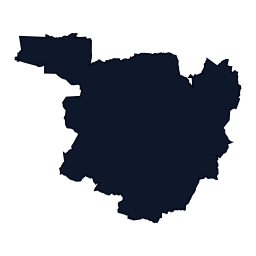 Zacatecas, Zacatecas, Mexico (Robinson projection)
{"feature_id": "50627088B9429495798872", "entity_name": "Zacatecas", "entity_type": "district", "adm_level": 2, "iso_a3": "MEX", "parent_name": "Mexico", "parent_adm1": "Zacatecas", "projection": "robinson", "projection_center": [-102.67, 22.729], "detail": "fine", "context": "isolated", "style": "filled", "palette": "ink", "viewbox_px": 256, "rotation_deg": 0, "n_neighbors": 0, "source": "geoboundaries", "source_scale": "gbopen_adm2", "svg_char_len": 5668}
<svg xmlns="http://www.w3.org/2000/svg" viewBox="0 0 256 256"><path d="M207.2,58.9L207.3,59.7L206.2,61.2L205.8,63.0L205.2,63.7L204.7,63.8L204.6,64.3L205.1,64.8L204.6,65.2L204.8,66.7L203.4,70.1L202.4,71.3L202.2,72.1L203.2,73.0L202.5,73.9L201.6,73.4L199.8,74.3L199.7,74.7L198.6,74.8L196.9,75.8L195.1,74.8L193.7,77.5L190.5,75.0L189.0,77.3L192.5,77.4L192.9,88.1L192.1,86.7L191.3,86.0L190.6,84.7L190.2,84.2L189.4,84.0L189.6,83.7L189.3,83.4L188.5,83.0L188.3,80.2L186.9,79.0L186.7,78.4L185.7,77.7L183.9,77.5L182.2,76.2L180.2,75.7L179.6,75.3L178.7,70.8L178.4,70.8L178.4,68.8L178.2,68.4L178.4,67.1L177.7,65.1L177.9,60.9L177.7,60.9L175.8,55.7L173.2,55.2L171.3,54.0L169.0,53.0L166.2,53.6L165.8,54.0L165.3,53.8L164.0,53.9L163.5,53.4L163.0,53.8L161.6,53.9L161.5,53.3L161.1,53.0L157.7,54.2L155.0,53.7L154.5,53.9L154.2,54.5L153.6,54.3L153.3,54.7L152.1,54.7L150.5,54.0L148.2,53.9L147.6,53.6L146.3,53.9L144.1,53.5L143.2,53.8L142.2,53.5L140.2,53.8L140.0,55.0L135.0,54.2L134.6,56.5L133.1,56.9L132.6,57.5L132.6,58.1L130.8,57.3L130.5,58.9L127.9,59.7L126.4,59.2L124.4,59.2L123.3,59.9L122.7,59.9L121.7,61.3L119.3,60.3L119.4,59.1L113.6,58.9L113.3,59.6L112.7,59.5L111.8,60.1L110.5,59.9L107.4,61.2L106.6,60.7L106.3,60.9L105.2,62.8L104.7,63.1L103.6,62.4L103.0,62.4L102.8,62.7L102.3,62.2L101.7,62.2L101.4,61.5L99.2,60.1L98.4,60.4L98.1,61.2L96.7,61.8L96.0,61.7L95.6,62.4L94.6,63.2L94.0,62.9L93.9,63.9L93.5,63.9L93.5,63.2L93.2,63.1L92.6,63.9L92.2,63.5L92.0,63.9L91.5,63.9L90.7,64.6L90.0,64.3L89.7,64.6L91.1,57.7L91.3,53.6L91.0,53.3L91.1,44.7L90.0,44.3L89.6,42.4L90.0,43.5L91.1,43.5L91.2,40.7L90.6,40.2L90.6,39.8L90.2,39.8L90.3,39.0L85.7,39.3L85.7,37.4L81.9,37.7L76.1,37.8L76.5,37.2L75.8,37.2L75.4,38.0L74.5,37.3L76.8,33.9L76.5,33.8L75.5,33.7L75.2,34.2L72.9,33.8L71.8,33.9L68.6,35.9L67.9,36.9L66.8,36.6L66.3,36.8L65.3,36.3L63.7,36.6L63.2,36.8L62.2,37.8L62.0,38.8L60.6,37.9L59.5,37.7L59.2,38.3L58.1,38.4L56.3,38.0L56.0,38.6L55.1,38.6L51.4,36.6L50.9,37.3L50.2,37.1L47.8,35.6L46.1,35.0L46.0,37.7L19.8,36.6L22.0,50.8L20.6,51.0L19.2,53.1L18.2,53.2L18.5,55.2L18.1,55.2L17.8,57.3L15.6,57.4L15.4,59.5L17.6,59.4L17.4,60.9L18.9,61.0L19.4,59.8L20.4,60.5L23.7,61.7L39.0,65.8L38.6,66.3L40.6,66.2L42.4,65.7L45.0,64.2L44.7,72.8L56.6,73.1L57.4,74.5L60.9,77.1L62.8,78.2L66.0,79.0L70.9,83.9L71.6,84.3L73.9,84.5L77.0,84.0L79.2,84.2L79.8,84.7L80.6,86.2L80.4,89.0L82.0,89.5L80.5,96.6L66.4,97.4L62.8,102.8L63.3,103.4L63.4,105.7L63.8,107.0L65.7,109.3L66.5,109.4L65.8,115.0L65.3,116.8L64.9,116.7L64.8,116.9L64.5,118.5L65.6,119.3L65.8,124.6L67.1,127.2L68.7,127.9L70.5,127.6L71.5,128.3L72.5,128.4L72.9,128.8L73.5,128.8L75.4,131.6L77.3,132.1L79.1,134.0L73.2,144.7L72.5,145.4L71.9,146.9L72.2,147.7L73.2,148.6L73.1,148.9L69.3,150.5L68.2,152.2L67.3,152.6L65.6,154.4L63.7,152.9L65.1,162.9L63.7,162.8L62.2,165.7L61.9,165.8L61.9,167.3L59.9,168.4L60.0,169.3L60.7,171.1L60.6,173.7L61.7,172.9L64.3,174.9L64.9,174.4L65.8,174.7L66.2,175.5L70.3,178.9L74.0,180.0L75.9,180.9L80.3,180.8L82.0,178.2L84.5,176.2L84.9,175.4L85.4,175.3L87.4,176.4L88.1,176.4L88.4,176.8L90.1,177.7L90.8,177.8L91.4,177.3L92.2,177.2L92.8,177.7L92.8,178.3L93.6,179.1L93.6,180.5L94.5,182.5L95.2,182.7L95.7,183.5L95.9,182.5L96.5,182.1L96.9,183.0L98.2,182.6L99.0,183.4L95.2,188.8L94.7,190.4L97.6,189.8L101.4,191.9L102.0,191.8L102.8,192.4L103.8,192.2L104.3,192.8L105.1,192.8L105.4,193.8L107.2,193.9L107.9,194.6L108.8,194.6L109.0,194.2L109.5,194.4L110.9,193.1L112.2,192.8L113.0,193.1L113.3,193.5L113.2,193.8L114.3,194.7L115.0,194.5L115.2,194.0L116.1,193.9L119.0,194.8L120.6,193.5L121.5,194.6L121.8,195.6L124.2,197.2L123.2,198.3L123.3,200.5L122.3,200.9L122.2,201.4L119.6,202.3L118.5,203.4L118.9,204.2L118.6,205.3L119.5,207.9L118.2,209.7L118.3,212.0L119.6,212.6L120.9,212.6L122.3,213.3L124.8,213.7L125.4,214.4L128.5,215.0L128.2,218.0L131.1,218.9L131.1,218.4L133.6,219.7L140.5,218.7L142.7,217.5L145.6,218.7L147.8,218.9L150.1,220.4L151.2,220.3L152.3,220.6L153.0,221.3L153.1,221.7L153.8,221.8L154.0,222.2L154.4,222.3L155.1,222.2L155.3,221.7L157.1,222.2L158.7,219.3L158.6,218.7L158.2,218.3L158.9,218.4L159.0,217.6L161.3,217.3L161.2,214.0L162.1,211.8L166.9,213.3L167.3,211.7L167.8,211.1L169.6,210.7L170.6,210.9L171.1,211.6L171.5,211.6L173.5,210.7L173.5,209.3L176.0,209.6L176.9,209.3L177.6,209.7L177.9,208.9L179.3,209.1L179.8,209.6L181.4,209.6L182.5,209.1L184.7,210.0L185.3,208.5L185.1,207.7L185.5,204.4L186.1,204.4L187.6,203.4L188.5,202.3L189.2,200.7L189.2,199.6L189.6,199.0L190.1,199.1L191.7,195.3L194.2,191.9L195.3,189.1L195.1,188.2L198.5,182.1L198.9,178.4L199.8,179.1L200.9,178.3L203.0,178.4L203.8,178.1L205.0,176.4L206.0,176.4L207.6,177.9L208.5,178.2L212.2,177.6L215.1,178.5L215.8,179.2L217.1,179.2L216.3,176.3L216.3,175.5L217.8,173.7L217.6,169.0L216.8,168.2L217.0,166.9L217.8,165.5L217.8,165.0L217.0,162.3L216.4,161.6L216.1,160.5L216.1,159.9L217.0,160.0L217.6,159.4L217.4,158.9L217.4,157.1L216.7,155.4L219.9,157.4L223.8,152.4L224.6,152.8L225.6,151.5L226.1,151.5L225.9,150.6L227.6,148.3L228.0,146.6L227.5,145.0L227.6,143.5L230.0,143.0L231.7,142.2L230.8,142.0L227.8,139.5L227.7,138.9L227.2,138.6L227.5,138.1L227.0,137.1L224.5,133.6L224.4,130.0L222.6,128.2L222.7,127.7L228.9,119.9L229.5,110.5L233.0,108.0L234.8,108.0L235.1,107.7L235.9,108.3L237.6,103.8L237.2,103.4L238.2,102.2L239.3,98.9L237.3,97.3L239.0,95.9L239.5,95.2L239.2,91.7L239.6,91.2L240.0,89.0L240.2,88.5L240.6,88.4L240.2,85.8L238.3,85.0L238.1,84.4L237.3,83.7L237.6,82.5L237.5,80.9L237.1,80.4L237.5,76.4L236.9,73.9L237.4,72.4L236.4,72.3L235.0,70.9L233.0,72.6L231.3,72.7L231.4,71.2L230.5,70.1L231.4,69.0L231.1,67.7L231.5,66.8L229.6,66.8L226.8,65.6L228.0,59.7L225.5,59.8L225.0,60.6L223.7,60.8L221.8,61.9L221.1,63.5L220.0,63.6L217.7,66.1L217.0,66.0L207.2,58.9Z" fill="#0f172a" stroke="#020617" stroke-width="1.5"/></svg>